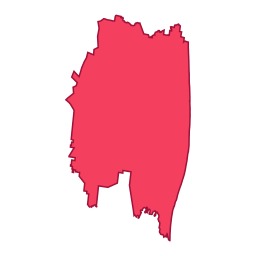 the district of Aldama, Tamaulipas, Mexico
{"feature_id": "50627088B37332042551424", "entity_name": "Aldama", "entity_type": "district", "adm_level": 2, "iso_a3": "MEX", "parent_name": "Mexico", "parent_adm1": "Tamaulipas", "projection": "equal_earth", "projection_center": [-97.97, 22.96], "detail": "fine", "context": "isolated", "style": "filled", "palette": "rose", "viewbox_px": 256, "rotation_deg": 0, "n_neighbors": 0, "source": "geoboundaries", "source_scale": "gbopen_adm2", "svg_char_len": 5545}
<svg xmlns="http://www.w3.org/2000/svg" viewBox="0 0 256 256"><path d="M169.9,240.6L170.0,234.2L170.5,226.2L171.2,220.1L171.5,217.5L172.8,210.0L173.1,209.0L173.6,208.0L173.7,207.0L173.7,206.9L173.9,206.9L174.3,206.1L174.6,205.0L175.2,202.4L175.8,200.9L176.2,200.3L176.6,199.2L177.8,194.0L178.0,193.6L179.1,190.0L179.3,189.7L179.8,187.9L180.8,185.4L180.9,185.0L181.9,182.0L182.4,180.2L183.7,176.2L184.4,173.7L185.3,169.6L186.0,165.4L186.5,162.9L186.6,162.4L187.1,159.5L187.1,159.1L187.6,155.2L187.9,153.0L188.3,151.9L188.4,151.3L188.8,147.2L189.0,145.7L189.1,137.7L189.1,136.6L189.2,136.1L189.2,133.9L189.3,130.7L189.7,126.5L189.8,124.3L190.1,115.2L190.0,111.7L190.1,109.3L189.8,102.3L189.9,101.7L189.9,101.4L189.6,101.0L189.9,100.8L189.9,100.6L189.9,99.6L189.9,97.4L189.6,86.7L189.3,83.0L189.2,79.4L189.2,76.0L189.2,74.8L189.2,74.0L189.1,72.4L189.0,70.6L188.8,60.7L188.3,47.6L188.3,42.1L186.3,41.6L185.3,41.1L185.0,41.1L184.3,41.6L183.9,41.6L183.7,41.8L184.2,37.7L180.8,36.7L181.6,31.9L179.6,31.5L180.3,26.0L179.3,25.0L178.9,25.0L178.7,24.7L178.7,24.3L178.5,24.1L178.2,24.2L177.9,24.5L177.4,24.5L176.2,25.2L175.3,25.0L175.0,25.3L174.6,25.3L174.3,27.4L171.1,26.7L170.6,26.9L170.7,27.6L170.9,27.6L170.8,28.4L171.3,28.5L171.1,29.8L171.8,29.9L171.6,30.9L169.8,30.5L169.2,35.2L168.2,34.9L168.1,35.4L163.6,34.6L164.1,30.1L162.2,31.0L161.7,31.7L161.4,31.9L161.2,32.2L160.7,32.3L160.6,31.9L160.2,32.2L159.8,32.2L159.6,31.5L159.5,31.1L159.4,30.7L159.0,30.5L158.2,30.9L158.0,31.2L157.9,31.0L157.4,31.6L157.0,31.9L156.7,31.9L156.4,31.9L156.1,32.1L155.4,32.3L155.0,33.3L154.9,33.6L154.7,34.0L154.7,34.4L154.5,34.2L154.3,34.4L154.1,34.9L154.0,35.1L153.5,35.2L153.3,35.4L152.8,35.4L152.6,35.8L151.6,36.4L152.3,36.5L152.2,37.7L149.0,37.4L149.0,36.6L148.9,36.3L148.4,34.8L143.8,33.9L139.8,23.0L139.3,23.3L138.8,23.4L138.4,23.2L138.0,22.7L137.7,22.6L136.3,23.0L136.2,23.0L136.3,23.4L136.2,23.6L135.4,23.5L135.2,23.6L134.9,24.1L134.6,25.2L134.2,25.5L133.4,25.5L132.8,25.6L132.3,25.4L131.9,25.5L131.6,25.3L131.5,25.2L131.2,25.4L130.0,23.9L129.0,23.1L128.6,22.7L127.7,22.4L127.7,22.5L127.1,22.5L126.7,22.8L126.3,22.8L125.6,22.2L125.1,22.3L124.8,22.2L124.6,22.0L124.3,21.0L123.9,20.8L123.3,20.7L122.9,20.2L122.8,19.8L122.8,19.2L123.2,18.6L123.2,18.4L122.9,17.6L122.7,17.4L122.1,17.4L121.5,17.9L121.2,17.8L120.8,17.5L121.1,16.5L117.6,15.7L116.5,15.4L115.9,15.5L115.3,16.3L114.6,21.0L113.4,21.0L109.5,20.1L107.1,19.8L105.9,19.2L103.8,18.7L100.5,21.1L98.0,21.6L99.1,28.3L97.6,36.5L98.2,47.4L94.0,49.5L93.6,54.8L87.8,52.4L86.5,57.7L84.3,61.7L81.7,67.8L80.4,72.4L79.0,76.7L74.0,71.3L71.7,77.1L77.2,82.6L76.2,85.8L73.1,87.2L73.6,93.3L67.9,97.9L65.9,99.8L69.1,102.6L70.4,104.1L73.4,109.1L74.1,110.5L71.2,139.4L73.3,140.1L73.1,142.4L71.7,142.2L71.3,145.2L70.6,145.1L70.4,147.1L74.1,147.8L69.0,156.2L69.0,156.7L75.2,157.7L74.9,160.5L71.8,160.0L71.2,165.0L70.6,164.9L70.5,166.1L72.3,166.5L72.0,168.9L72.7,168.9L72.3,172.2L73.5,172.5L73.8,169.7L75.7,170.3L75.5,171.8L79.6,172.5L79.2,176.3L84.7,183.2L83.9,190.9L86.9,191.4L86.7,193.7L88.7,194.0L87.6,204.5L89.5,207.0L90.6,206.8L91.0,206.8L91.3,206.6L91.4,206.9L91.6,207.1L91.8,206.9L91.6,206.6L91.7,206.2L92.0,206.3L92.5,205.9L93.0,206.0L93.3,205.7L93.7,205.8L93.8,205.6L94.2,205.3L94.2,205.0L94.4,204.9L95.4,205.2L95.6,205.0L95.8,205.1L96.0,205.4L96.0,205.5L95.8,205.5L95.9,206.0L96.1,206.1L96.1,206.3L96.0,206.5L96.5,206.7L96.8,207.0L97.0,207.2L96.5,206.1L96.5,204.9L98.5,185.9L107.9,187.3L117.3,183.1L118.6,172.4L122.8,173.1L123.0,170.5L131.0,171.8L129.6,184.4L129.4,184.9L133.3,209.8L134.0,215.3L134.3,214.9L134.8,214.9L135.0,215.1L135.2,215.8L135.3,215.9L136.0,216.2L136.2,216.9L136.4,217.1L136.6,217.0L136.6,216.6L136.7,216.3L137.4,215.6L137.6,215.5L137.9,215.4L138.2,215.6L138.8,216.6L138.8,217.0L138.7,217.1L138.4,217.4L138.2,218.0L138.4,218.1L138.7,218.0L139.1,217.6L139.3,216.8L139.7,215.9L140.6,214.2L141.2,212.7L141.3,212.4L141.2,212.2L140.7,212.4L140.5,210.5L140.7,210.2L141.2,210.0L142.1,210.3L142.4,210.3L142.5,209.5L142.7,208.9L143.0,208.5L143.6,207.8L144.2,207.6L144.5,207.6L145.3,208.1L145.8,208.7L146.1,209.3L146.2,209.9L146.0,210.5L144.9,211.6L144.8,212.2L144.9,212.5L145.1,212.8L145.4,212.8L145.7,212.7L146.4,211.8L146.7,211.1L146.8,210.5L146.8,210.0L146.3,207.9L146.4,207.5L146.6,207.3L146.9,207.2L147.2,207.5L147.5,208.6L147.5,209.4L147.3,210.7L147.0,211.8L147.0,212.4L147.1,212.6L147.3,212.7L148.3,210.2L148.7,209.6L149.2,209.3L149.5,209.3L149.7,209.5L149.9,209.9L150.1,210.7L150.1,211.4L149.9,212.0L149.2,213.2L149.1,213.6L149.1,213.8L149.2,214.0L149.4,214.2L150.3,214.2L151.3,214.4L151.7,214.4L152.2,214.1L152.4,213.6L152.7,212.5L153.0,212.0L153.6,211.5L154.6,211.0L155.2,211.0L155.5,211.4L155.6,212.2L155.5,212.9L155.3,213.6L155.0,214.2L154.3,215.2L154.2,215.5L154.3,215.9L154.5,216.1L154.8,216.1L155.1,215.9L155.6,215.3L155.7,214.4L155.9,213.5L156.2,212.9L156.6,212.2L157.1,212.1L157.3,212.2L157.7,213.4L158.5,214.5L158.8,215.3L158.9,216.1L158.9,216.7L158.8,217.2L158.2,218.4L158.1,219.1L158.2,219.6L158.9,221.5L159.7,222.5L159.8,223.1L159.6,225.4L159.4,226.3L159.1,227.2L159.1,227.6L159.1,227.9L159.8,228.6L160.0,229.3L159.9,229.7L159.6,230.7L159.5,231.9L159.6,232.4L160.1,233.1L160.8,234.3L161.4,234.6L162.5,234.6L163.0,234.7L163.4,235.4L163.6,236.1L163.8,237.1L164.1,236.9L164.5,236.7L165.0,236.6L165.4,236.3L165.5,236.4L165.8,236.7L166.5,236.9L166.5,236.5L166.2,235.8L166.2,235.5L166.5,235.4L166.7,234.8L166.8,234.3L167.1,233.7L167.2,233.8L167.4,234.5L167.3,235.1L167.4,235.5L168.4,238.7L168.6,239.8L168.8,239.9L169.7,240.6L169.9,240.6Z" fill="#f43f5e" stroke="#9f1239" stroke-width="1.5"/></svg>